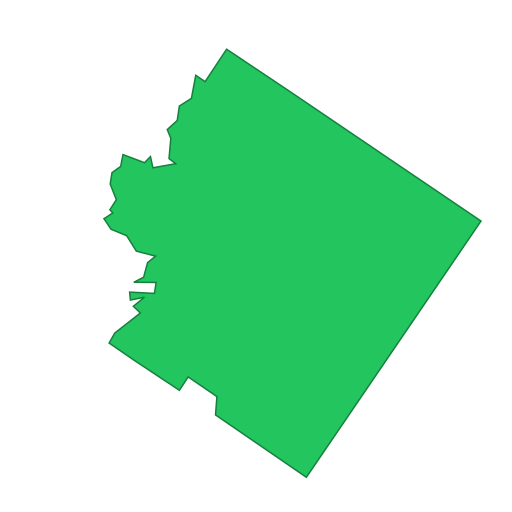 the district of Caldwell, Louisiana, United States of America, rotated 214°
{"feature_id": "52423323B84817986944382", "entity_name": "Caldwell", "entity_type": "district", "adm_level": 2, "iso_a3": "USA", "parent_name": "United States of America", "parent_adm1": "Louisiana", "projection": "orthographic", "projection_center": [-91.986, 32.102], "detail": "fine", "context": "isolated", "style": "filled", "palette": "green", "viewbox_px": 512, "rotation_deg": 214, "n_neighbors": 0, "source": "geoboundaries", "source_scale": "gbopen_adm2", "svg_char_len": 731}
<svg xmlns="http://www.w3.org/2000/svg" viewBox="0 0 512 512"><g transform="rotate(214 256 256)"><path d="M89.9,217.1L89.0,410.8L320.0,411.3L396.0,411.0L395.7,372.1L407.0,372.1L397.7,350.6L403.4,337.5L397.1,324.3L400.3,311.2L392.4,305.9L382.6,288.1L374.2,287.6L390.8,271.5L399.1,279.4L400.6,271.0L423.0,265.7L418.3,254.6L422.0,244.6L417.1,234.1L403.3,224.6L403.0,212.6L398.8,211.6L402.9,201.9L391.1,197.1L374.5,200.5L357.9,193.1L339.2,199.7L342.2,189.9L337.3,175.6L342.6,165.9L324.0,178.2L319.3,168.2L340.6,155.4L335.5,149.2L325.4,159.5L329.6,145.7L320.0,144.1L330.0,113.2L329.1,101.7L298.3,101.4L244.4,101.8L244.6,117.8L209.8,117.6L200.7,101.6L90.5,100.7L89.9,217.1Z" fill="#22c55e" stroke="#15803d" stroke-width="1.5"/></g></svg>